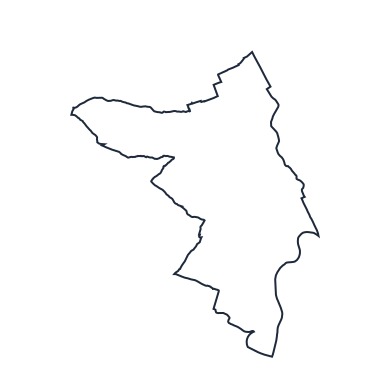 Ionesti, Gorj, Romania (orthographic projection), rotated 10°
{"feature_id": "2599482B1441582003717", "entity_name": "Ionesti", "entity_type": "district", "adm_level": 2, "iso_a3": "ROU", "parent_name": "Romania", "parent_adm1": "Gorj", "projection": "orthographic", "projection_center": [23.41, 44.619], "detail": "fine", "context": "isolated", "style": "outline", "palette": "slate", "viewbox_px": 384, "rotation_deg": 10, "n_neighbors": 0, "source": "geoboundaries", "source_scale": "gbopen_adm2", "svg_char_len": 6073}
<svg xmlns="http://www.w3.org/2000/svg" viewBox="0 0 384 384"><g transform="rotate(10 192 192)"><path d="M237.5,57.3L229.7,47.5L226.9,43.7L222.6,49.1L219.8,51.0L220.1,51.3L219.0,53.5L217.5,56.2L216.5,57.4L215.5,58.1L215.9,58.9L210.4,62.7L207.2,64.6L206.0,65.4L205.5,66.1L197.4,71.6L197.3,72.1L201.7,78.6L199.5,79.7L194.7,82.7L200.7,93.1L197.5,95.3L197.3,95.5L188.4,100.7L188.2,100.4L185.5,101.7L184.9,100.7L180.0,103.2L177.0,104.9L176.4,104.3L176.1,105.0L175.8,105.4L172.4,107.2L173.5,108.7L173.6,109.4L174.5,110.7L174.8,110.5L175.1,110.9L176.3,113.4L175.6,112.9L174.8,112.8L173.5,113.3L172.6,114.0L172.0,114.3L170.7,114.1L170.0,114.2L169.3,114.0L168.2,114.7L167.3,115.0L164.8,115.1L163.4,115.4L162.1,115.2L160.4,115.3L156.3,117.0L154.8,117.3L152.5,117.9L151.4,117.7L150.3,117.7L149.9,118.1L149.2,119.0L148.3,119.3L146.3,119.1L144.1,119.3L141.0,119.1L140.2,118.7L136.8,116.0L136.1,115.7L135.1,115.6L133.3,115.8L131.3,115.7L128.7,116.4L127.4,116.9L125.3,117.1L124.2,116.9L119.5,116.8L113.7,115.8L112.3,115.9L111.3,115.4L109.7,115.4L107.6,115.2L106.0,114.7L104.8,114.9L102.3,114.9L101.6,115.2L99.0,115.0L97.8,115.4L96.2,116.3L93.6,116.9L92.8,116.8L91.9,116.6L88.6,115.4L87.8,114.9L87.0,114.8L81.6,115.9L79.9,115.9L78.5,116.5L74.4,119.0L72.2,120.7L70.5,122.4L66.8,124.9L65.7,126.0L64.4,127.7L63.5,128.6L61.8,129.5L60.5,129.5L60.4,129.8L60.5,130.0L60.9,130.5L61.0,130.8L60.1,133.3L59.8,136.9L60.9,136.7L63.1,136.7L63.6,136.8L64.9,137.4L67.1,138.8L68.2,139.1L69.2,140.1L69.5,140.3L72.0,141.1L72.7,142.1L73.8,142.8L76.9,145.7L80.6,148.6L81.5,149.1L83.7,151.2L86.0,152.3L86.8,152.6L88.2,153.7L89.0,154.5L89.2,155.6L89.3,157.0L89.8,157.9L90.1,159.5L92.2,160.5L94.5,160.5L97.3,160.2L95.3,161.8L98.0,162.4L98.8,162.7L106.0,164.2L113.1,165.1L114.8,166.0L115.6,166.8L118.0,167.6L120.3,168.1L122.8,169.2L123.8,169.0L125.8,168.0L126.9,167.8L127.7,167.9L128.7,167.5L129.8,167.4L130.9,166.6L131.8,166.4L132.4,165.9L133.8,165.8L134.8,165.4L135.6,165.6L136.3,165.2L136.8,165.4L137.3,165.3L138.3,164.9L140.7,165.7L140.8,165.7L141.3,165.1L141.9,164.9L144.1,165.3L145.5,165.2L146.7,164.9L149.6,165.8L150.4,165.6L151.7,165.6L153.8,164.5L155.3,163.2L156.8,162.6L157.2,162.2L157.4,161.4L158.4,161.1L159.9,161.2L161.2,160.8L162.3,160.8L163.5,161.1L164.9,161.0L168.2,161.1L168.3,161.9L167.8,162.8L166.4,163.8L165.9,164.8L164.1,167.0L163.5,167.3L162.0,169.7L161.4,170.2L161.2,170.8L160.0,171.1L159.8,171.4L160.1,171.5L159.5,172.7L159.6,173.4L158.5,175.9L158.3,177.1L157.8,178.5L157.3,179.3L156.8,179.8L156.2,180.2L154.4,182.3L152.7,183.7L151.4,185.3L151.4,185.7L150.8,186.4L150.1,188.0L150.0,188.7L152.0,190.3L154.5,191.9L155.4,192.1L159.2,193.8L162.5,194.9L163.2,195.3L165.7,197.1L167.0,198.5L167.4,198.8L168.7,199.4L170.0,200.2L170.7,200.9L171.4,201.2L172.2,201.4L173.8,202.2L174.8,203.3L176.4,205.3L177.3,206.0L178.0,206.3L179.4,206.5L180.0,207.0L181.0,207.4L184.3,207.9L183.9,208.2L185.6,209.0L189.6,211.4L190.0,212.1L190.8,213.9L191.7,214.8L193.1,215.2L195.5,216.4L196.8,216.6L198.8,216.0L202.1,216.0L202.8,216.1L205.1,217.1L206.9,217.4L208.4,217.3L209.3,217.8L208.5,220.4L208.2,220.8L208.1,221.4L207.6,222.5L207.5,223.0L206.5,224.4L206.4,225.3L206.8,226.4L206.9,227.2L206.3,232.7L207.2,232.6L207.0,233.7L206.8,234.0L206.8,234.8L207.2,235.2L207.8,235.4L209.2,235.0L208.9,236.0L208.3,240.2L206.1,242.4L205.5,244.5L205.0,245.6L204.4,246.6L203.8,247.8L203.4,248.5L203.0,248.9L202.2,249.5L201.6,250.1L201.0,250.8L200.8,251.5L198.9,254.7L197.0,261.4L195.0,265.6L193.8,268.9L193.7,269.8L192.8,270.3L192.1,272.1L190.2,273.9L189.3,275.0L188.8,275.9L189.9,275.7L190.9,275.8L196.4,277.0L199.7,277.6L203.3,277.8L206.2,278.2L210.1,278.3L211.5,278.6L213.6,279.3L217.3,280.7L220.9,281.7L222.5,281.9L223.6,281.5L224.3,281.7L225.3,281.7L225.8,282.0L226.7,282.0L227.5,282.7L228.4,283.0L229.2,283.3L229.4,283.8L230.7,283.5L232.4,283.8L234.0,283.9L235.4,284.3L235.6,284.7L235.5,286.1L233.5,303.4L235.5,303.8L236.1,305.4L236.7,306.4L237.6,306.7L238.6,306.7L243.8,305.7L248.0,306.8L250.5,308.9L250.8,309.4L250.8,310.1L250.3,311.2L250.1,312.8L250.1,313.3L250.3,313.7L250.5,314.0L251.1,314.6L252.3,314.9L253.1,315.3L254.2,315.4L257.0,316.2L260.4,316.9L263.8,318.3L267.0,319.9L268.0,320.2L269.4,320.3L271.7,320.1L273.2,319.7L275.3,318.5L276.2,318.3L277.0,318.6L277.2,318.8L276.0,319.6L274.2,321.4L273.1,323.0L272.3,324.8L271.9,326.3L271.7,328.3L271.8,329.8L272.1,331.0L272.6,332.8L273.9,335.0L284.8,338.3L288.0,339.0L291.6,339.6L299.4,340.3L299.8,338.2L300.0,336.1L300.8,323.9L300.7,320.0L300.5,317.5L300.5,315.5L300.1,312.4L300.0,310.6L300.4,308.1L302.0,302.1L302.3,300.5L302.3,299.3L302.1,296.2L301.6,294.6L299.6,290.7L295.3,283.9L294.4,282.6L293.7,281.3L292.5,278.6L289.1,263.6L289.1,259.6L290.0,256.2L292.0,251.6L293.2,249.9L294.5,248.2L295.6,247.3L296.6,245.8L297.4,245.1L299.7,244.4L301.8,243.9L304.7,243.0L305.6,242.4L307.2,240.7L308.3,238.4L308.6,237.4L308.9,235.4L308.9,233.4L308.6,231.6L308.2,230.2L305.6,225.1L304.8,222.4L304.5,219.3L304.7,218.1L305.4,216.7L307.0,214.2L308.3,212.9L309.5,212.3L311.4,211.6L313.2,211.3L318.5,211.1L319.5,211.3L321.1,211.9L322.9,212.6L324.2,213.3L323.4,211.3L323.4,211.1L321.7,208.1L318.4,203.6L316.6,200.9L314.3,197.8L312.8,196.2L311.5,194.0L309.4,191.3L307.9,189.0L303.7,183.4L302.2,181.0L300.9,179.2L303.8,177.2L302.9,176.4L300.3,172.3L299.8,171.0L299.9,170.1L300.4,169.2L300.8,168.7L300.8,168.1L300.9,167.5L300.9,166.0L300.6,165.0L299.1,163.6L297.0,162.2L296.0,161.8L293.9,161.4L292.8,160.9L292.5,160.4L292.4,159.9L292.4,159.0L292.2,158.4L291.8,157.6L291.4,157.4L291.0,157.3L289.5,155.9L287.3,154.1L286.6,153.6L285.7,152.4L284.9,151.7L284.1,151.1L282.7,150.4L282.0,149.8L280.8,150.1L279.9,149.9L279.1,149.3L278.6,148.7L277.4,146.1L276.1,144.0L274.4,142.3L272.3,141.1L270.7,139.8L269.6,138.3L267.4,134.2L267.8,131.5L268.6,128.3L268.9,126.8L268.6,125.7L267.6,123.2L265.6,119.1L264.2,117.7L258.6,113.5L257.7,109.6L257.8,108.5L258.4,105.6L258.5,103.8L258.7,103.0L259.3,101.0L262.1,93.3L262.2,91.8L262.1,91.2L261.5,90.3L258.5,87.1L257.6,86.5L255.8,85.7L253.7,84.3L251.5,81.8L247.8,77.7L251.0,74.6L245.6,68.0L237.5,57.3Z" fill="none" stroke="#1e293b" stroke-width="2"/></g></svg>